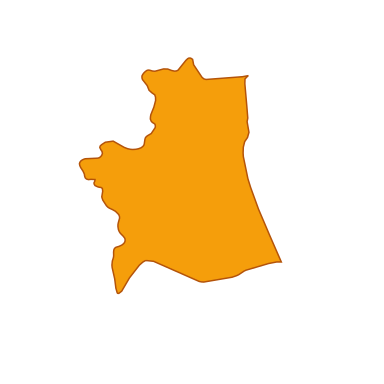 an SVG outline of Lambayeque, rotated 220°
{"feature_id": "PER-566", "entity_name": "Lambayeque", "entity_type": "Department", "adm_level": 1, "iso_a3": "PER", "parent_name": "Peru", "parent_adm1": "", "projection": "orthographic", "projection_center": [-79.581, -6.354], "detail": "fine", "context": "isolated", "style": "filled", "palette": "amber", "viewbox_px": 384, "rotation_deg": 220, "n_neighbors": 0, "source": "natural_earth", "source_scale": "10m", "svg_char_len": 2288}
<svg xmlns="http://www.w3.org/2000/svg" viewBox="0 0 384 384"><g transform="rotate(220 192 192)"><path d="M223.6,317.4L223.8,316.7L224.1,312.7L221.1,308.9L204.7,292.5L196.8,284.5L195.0,281.3L186.7,274.3L184.5,269.4L184.0,264.4L181.5,259.3L177.9,254.7L175.4,252.1L157.7,238.1L149.9,233.1L130.0,221.6L105.0,208.9L78.6,195.8L82.1,192.9L87.3,186.5L100.4,166.8L101.3,164.8L103.1,158.6L104.1,156.5L106.5,152.5L125.1,130.6L127.0,129.2L129.0,128.1L176.9,114.2L182.4,110.5L183.7,109.3L184.6,106.7L185.3,102.1L184.7,86.0L182.1,70.8L182.9,67.3L183.8,66.6L184.5,66.7L188.5,69.4L195.3,75.7L204.6,82.8L206.4,84.6L208.7,88.0L209.5,90.0L210.3,91.7L211.2,93.0L213.4,95.5L214.6,97.3L215.1,99.0L214.8,100.6L214.0,101.9L213.1,103.2L211.7,106.1L211.4,107.4L211.2,108.5L211.2,109.4L211.5,110.9L212.3,112.2L213.6,113.3L216.1,113.9L220.3,114.3L222.3,114.9L224.2,115.9L226.5,117.9L227.8,119.5L228.7,121.1L230.7,125.5L231.9,126.7L233.6,127.6L236.7,127.9L238.3,128.0L241.6,127.4L244.9,126.5L246.7,126.3L248.8,126.5L255.0,128.4L256.7,129.4L258.0,130.3L260.9,135.2L263.0,137.1L264.6,137.0L266.1,136.0L267.7,135.3L270.4,134.6L271.9,135.1L272.9,135.9L273.3,137.3L273.5,137.9L274.3,139.2L277.5,136.8L279.3,134.9L281.2,134.1L282.8,134.2L284.1,134.9L285.2,135.8L286.1,136.6L289.1,138.0L292.8,139.1L294.9,140.1L296.4,141.3L297.0,142.7L297.1,144.4L296.7,146.0L296.0,147.5L295.2,148.8L286.1,157.2L285.2,158.4L284.7,160.1L284.7,161.9L285.3,163.8L286.9,165.2L289.0,165.8L291.2,166.8L291.9,168.2L291.7,170.1L290.4,174.4L285.1,180.3L272.6,182.6L269.1,183.8L266.5,185.2L264.7,186.5L262.4,188.7L260.9,190.6L259.5,193.0L259.0,194.9L258.9,196.6L259.4,198.0L261.8,201.9L262.5,203.4L262.6,205.1L262.2,206.7L260.8,210.6L261.6,217.7L262.4,218.9L263.8,220.1L265.3,220.1L267.0,219.8L268.7,220.0L270.8,221.1L272.2,223.0L273.2,224.7L275.8,232.6L278.7,238.7L280.9,241.2L283.0,242.5L286.5,242.2L290.2,242.3L294.7,244.7L302.2,246.3L303.6,247.2L304.9,248.7L305.3,250.4L305.4,252.4L305.2,254.2L304.8,255.9L304.0,257.2L302.7,258.1L300.0,259.3L298.0,260.7L292.9,268.0L289.6,270.6L285.7,272.0L283.0,273.4L281.7,274.8L281.0,276.3L281.3,288.9L281.0,291.3L280.6,292.4L279.6,293.4L278.6,293.8L276.8,294.0L272.5,290.5L258.1,286.3L255.7,286.3L254.4,286.8L253.4,287.4L227.5,312.7L223.6,317.4Z" fill="#f59e0b" stroke="#b45309" stroke-width="1.5"/></g></svg>